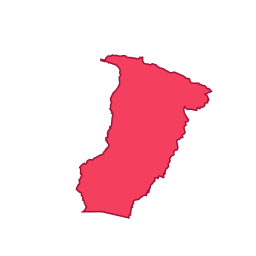 Loreto, Loreto, Peru (Albers equal-area conic projection), rotated 231°
{"feature_id": "86281439B27227740990867", "entity_name": "Loreto", "entity_type": "district", "adm_level": 2, "iso_a3": "PER", "parent_name": "Peru", "parent_adm1": "Loreto", "projection": "albers", "projection_center": [-75.325, -3.761], "detail": "fine", "context": "isolated", "style": "filled", "palette": "rose", "viewbox_px": 256, "rotation_deg": 231, "n_neighbors": 0, "source": "geoboundaries", "source_scale": "gbopen_adm2", "svg_char_len": 5802}
<svg xmlns="http://www.w3.org/2000/svg" viewBox="0 0 256 256"><g transform="rotate(231 128 128)"><path d="M103.9,215.9L106.6,215.8L107.7,215.6L108.3,215.1L108.5,214.6L109.0,214.2L111.1,214.5L112.5,214.1L114.5,212.6L116.2,211.6L116.8,211.0L117.4,210.9L118.0,211.3L120.1,209.1L121.1,207.6L123.1,205.7L123.7,205.5L125.2,205.6L126.5,206.4L127.9,206.6L129.3,205.1L130.4,204.4L132.6,204.1L133.7,203.7L142.2,199.2L142.7,198.6L143.2,197.0L144.2,195.8L145.1,195.2L150.3,193.1L152.0,192.7L155.0,190.3L156.2,190.2L157.8,189.4L159.0,189.6L159.7,189.5L160.3,188.7L161.6,188.1L162.7,187.3L162.8,186.8L162.7,185.7L162.9,185.0L164.8,184.1L166.6,182.1L167.6,181.5L168.8,181.0L170.6,181.5L171.7,182.2L172.6,182.5L173.0,183.5L173.6,183.9L173.8,183.9L174.1,183.1L175.1,182.2L175.4,181.5L175.1,181.0L175.0,180.3L176.2,178.2L177.3,178.0L178.0,176.8L179.1,176.4L179.9,175.1L181.1,174.4L182.1,173.3L182.5,172.5L183.5,171.6L185.0,171.6L186.1,171.1L186.8,170.3L187.6,169.1L188.2,167.9L189.3,166.4L191.6,164.9L192.5,163.4L193.4,162.5L194.4,162.0L194.7,161.2L194.8,159.4L196.1,158.5L196.5,157.7L196.3,157.1L196.4,155.3L196.2,154.7L195.2,153.3L195.2,152.9L196.3,151.7L198.3,150.4L198.4,150.1L197.4,149.4L197.0,149.9L195.7,150.8L194.4,151.5L194.2,152.5L193.7,153.1L191.0,153.9L190.1,154.9L188.8,155.8L184.4,158.4L183.6,158.7L181.1,158.8L179.2,158.7L178.1,158.4L177.5,157.9L175.9,156.1L174.5,155.9L173.8,155.6L173.4,155.2L173.1,153.2L168.1,149.8L166.9,148.2L166.1,146.6L164.7,141.5L164.7,138.7L164.2,138.4L164.0,137.3L163.7,137.0L162.9,135.1L162.3,134.2L162.4,133.9L162.0,133.3L161.7,133.2L161.3,132.4L160.7,132.1L160.1,131.9L160.0,131.7L159.2,131.9L158.3,131.2L157.2,129.7L156.7,128.6L155.2,128.0L154.5,126.4L154.2,126.0L153.8,125.9L152.7,126.1L152.5,125.9L152.3,126.1L151.7,126.0L151.5,125.6L150.3,125.5L149.8,125.1L149.7,124.6L148.8,125.3L148.2,125.1L146.0,122.3L140.4,116.8L140.1,116.1L140.2,115.1L140.4,114.8L139.9,114.1L139.5,114.2L138.9,114.5L138.7,114.5L138.6,114.2L138.9,113.5L138.5,112.5L138.4,111.6L138.0,110.7L138.1,110.4L137.6,110.3L137.3,109.9L137.1,108.9L136.3,108.5L135.9,108.6L135.9,108.1L135.4,107.7L134.9,107.7L134.5,107.5L134.2,107.2L134.2,106.8L133.8,106.5L133.6,106.5L133.8,106.0L133.8,105.6L134.4,104.9L134.1,104.4L133.4,104.1L133.1,103.7L133.0,104.0L132.6,104.0L132.3,103.6L132.4,103.3L131.7,103.0L130.9,103.4L130.3,103.1L130.2,103.2L130.1,102.9L129.6,102.8L129.1,102.8L128.7,102.9L128.0,102.7L127.6,102.8L127.1,102.5L126.5,102.5L126.4,102.0L126.1,101.8L126.1,101.3L125.7,100.7L125.3,99.8L125.7,98.9L125.2,98.4L125.5,97.3L124.9,96.7L124.6,95.2L124.5,93.9L124.1,93.3L123.6,93.1L123.5,92.3L123.8,91.0L124.1,90.4L124.0,90.0L124.4,89.0L125.0,86.4L125.1,84.6L125.7,83.5L125.6,81.5L125.7,79.9L126.1,79.4L126.8,79.2L127.3,78.8L127.4,78.1L128.0,76.7L127.8,75.8L127.9,75.4L127.8,74.8L127.4,74.6L127.0,74.1L126.4,72.7L126.5,72.3L127.0,71.9L127.4,71.8L127.7,71.9L128.2,71.7L128.4,69.8L128.2,68.5L128.2,67.6L127.8,66.5L128.0,65.8L127.7,65.6L127.0,65.7L125.4,65.0L124.3,64.2L123.6,63.3L123.1,63.1L122.4,62.4L121.5,62.2L121.2,62.8L120.0,62.0L119.2,59.8L118.4,59.1L118.4,58.5L118.7,58.0L118.6,57.6L117.9,57.1L117.5,56.7L116.5,56.3L116.1,56.3L115.5,55.4L115.1,55.2L115.0,54.5L115.3,53.8L114.7,53.3L114.8,52.8L114.2,52.1L114.1,51.2L113.3,49.7L112.8,49.4L111.1,49.4L110.1,49.8L108.7,49.9L107.8,50.6L106.6,50.9L106.3,50.8L105.6,49.8L105.3,49.6L104.7,49.4L102.9,49.3L102.2,49.1L100.6,47.6L98.9,47.9L98.3,47.7L97.1,46.8L96.5,46.9L94.9,46.3L92.8,46.2L92.6,45.3L91.3,42.6L91.2,41.6L91.4,40.6L91.4,40.1L79.5,55.0L57.6,72.2L58.6,72.6L59.0,73.1L59.0,74.7L58.9,75.4L59.1,75.5L59.2,75.8L59.5,75.9L59.8,75.8L60.0,76.1L60.5,76.3L61.1,77.5L62.0,78.2L62.0,78.4L62.7,79.0L63.3,80.0L63.5,80.2L64.2,80.5L64.3,81.3L63.8,81.7L64.5,82.2L65.2,82.4L66.1,85.1L67.3,85.4L67.4,85.9L67.8,86.6L67.7,87.4L67.4,88.1L67.3,89.4L66.6,89.7L66.3,90.1L66.2,90.9L65.8,91.6L65.8,92.3L65.9,93.0L66.4,93.5L66.2,94.3L65.8,94.9L65.9,96.7L65.7,98.0L64.9,99.1L64.1,99.7L64.6,100.4L65.9,101.4L65.9,101.6L65.3,102.1L65.3,102.6L65.8,103.0L65.6,103.5L65.1,103.7L65.7,104.6L66.4,103.8L66.9,103.8L66.6,104.5L66.4,105.2L67.0,105.5L66.9,106.3L67.5,106.8L67.6,107.7L68.1,107.9L68.4,108.7L68.9,108.9L69.5,110.1L69.6,111.1L69.3,111.9L69.7,112.0L69.8,113.1L70.1,113.5L69.8,115.2L70.4,115.3L70.5,115.8L71.5,117.1L72.3,117.6L71.6,118.7L71.0,119.2L70.3,119.3L69.9,119.6L70.4,120.1L70.5,120.7L70.9,120.9L71.1,122.4L69.0,123.3L68.2,123.9L67.0,124.5L67.3,125.0L67.8,125.2L68.4,125.0L68.6,125.1L68.9,125.6L68.9,126.2L69.3,126.6L69.0,127.4L69.1,127.9L69.2,128.1L69.6,127.8L70.0,127.2L70.4,127.3L70.5,129.2L70.8,129.8L71.9,130.7L72.1,131.3L72.2,132.2L72.1,133.5L72.5,134.3L72.4,135.3L73.4,135.8L75.1,136.9L75.4,137.7L75.3,138.8L76.2,140.3L77.5,140.6L78.0,140.9L78.0,142.0L78.1,142.3L78.6,142.7L78.8,144.2L78.4,146.0L78.4,146.7L78.5,147.0L80.6,148.6L81.1,150.2L81.1,150.9L80.2,152.0L80.4,153.2L81.8,154.7L82.3,155.0L82.7,155.3L83.7,155.5L84.3,156.1L86.5,157.1L87.4,157.9L87.6,159.0L87.4,159.6L87.4,160.0L86.9,160.6L87.1,161.8L87.0,163.0L86.4,164.8L86.9,165.1L87.9,165.2L88.1,165.5L88.4,166.7L88.1,168.1L88.5,169.4L88.9,169.7L90.3,170.2L93.1,171.7L93.6,172.6L94.0,174.0L94.0,174.4L93.7,174.7L93.8,175.0L96.5,176.3L96.5,176.7L95.7,177.9L95.5,178.5L95.6,179.3L96.1,180.0L96.5,180.3L97.5,180.3L98.2,180.3L99.2,179.9L99.6,180.5L100.2,180.7L102.4,180.7L104.3,181.2L106.5,182.4L107.2,182.9L108.0,183.8L108.9,185.6L108.9,185.9L108.0,185.6L106.4,185.5L105.2,186.0L104.4,186.8L103.3,188.5L98.8,192.1L98.6,192.7L99.7,194.0L99.9,194.5L99.8,195.0L99.5,195.7L98.3,195.6L97.9,195.7L97.9,196.5L98.4,197.7L97.3,199.1L97.0,199.8L97.1,201.4L98.3,203.1L98.6,203.7L98.5,204.3L97.6,205.6L97.6,205.9L98.0,206.4L99.4,207.3L99.4,207.5L98.9,208.0L98.9,208.5L101.5,209.3L103.0,209.7L104.0,209.7L105.9,209.1L105.2,211.1L104.8,213.2L104.2,214.8L103.9,215.9Z" fill="#f43f5e" stroke="#9f1239" stroke-width="1.5"/></g></svg>